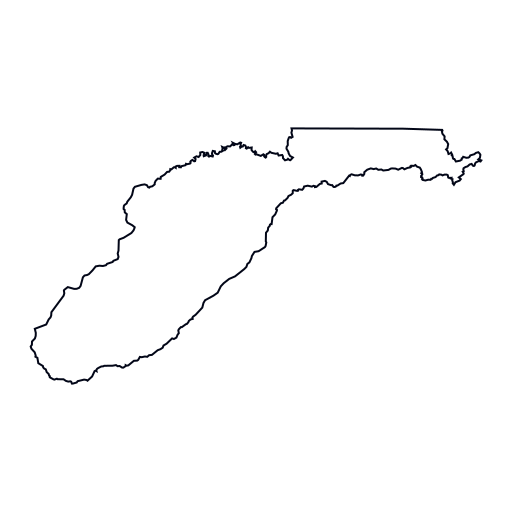 Bom Jardim, Maranhão, Brazil (orthographic projection)
{"feature_id": "56859067B20535313815955", "entity_name": "Bom Jardim", "entity_type": "district", "adm_level": 2, "iso_a3": "BRA", "parent_name": "Brazil", "parent_adm1": "Maranhão", "projection": "orthographic", "projection_center": [-46.265, -3.964], "detail": "fine", "context": "isolated", "style": "outline", "palette": "ink", "viewbox_px": 512, "rotation_deg": 0, "n_neighbors": 0, "source": "geoboundaries", "source_scale": "gbopen_adm2", "svg_char_len": 6060}
<svg xmlns="http://www.w3.org/2000/svg" viewBox="0 0 512 512"><path d="M96.5,371.1L96.3,370.2L97.0,368.9L98.1,368.1L101.2,366.5L103.3,366.3L104.2,365.8L112.6,365.7L116.0,365.1L117.6,366.2L119.6,366.0L122.1,367.6L123.4,367.6L125.7,366.0L125.7,365.2L126.6,365.7L128.3,365.4L133.9,360.8L137.2,360.6L138.2,359.9L139.9,356.9L141.7,357.2L144.9,356.5L147.3,356.8L149.1,355.2L151.9,354.9L157.7,350.2L160.4,349.2L162.7,347.7L163.5,345.5L166.6,343.7L172.1,338.4L173.9,339.0L176.4,337.6L177.6,334.7L178.8,333.2L178.3,330.4L178.8,329.3L180.9,327.1L181.9,327.1L185.9,324.2L186.8,324.0L188.3,322.3L188.8,321.0L190.5,319.5L192.7,318.9L192.4,317.6L193.1,316.6L195.6,314.8L202.3,307.6L203.5,302.9L205.1,300.2L213.4,295.7L217.7,292.7L220.8,286.3L223.7,283.2L229.2,278.9L235.0,276.4L244.2,269.1L246.4,266.9L247.4,263.9L249.4,262.4L251.4,258.2L251.9,256.0L254.5,251.9L258.6,251.2L264.9,247.1L265.6,246.0L266.3,242.4L265.8,241.4L266.0,232.7L267.8,230.5L268.2,227.6L269.8,225.8L269.9,224.8L270.6,224.1L271.6,224.1L272.5,217.2L275.2,214.4L276.9,210.6L276.9,209.8L276.1,209.3L276.2,208.3L280.8,203.3L282.9,202.7L284.0,200.6L285.0,200.4L287.5,198.0L288.5,196.0L291.0,194.8L292.7,193.3L292.8,190.6L293.6,190.1L297.2,190.9L298.0,190.7L298.0,189.9L298.9,189.3L302.2,189.8L303.4,188.5L304.1,186.5L307.7,185.7L311.9,186.6L313.5,185.8L315.0,186.2L315.0,187.1L316.4,186.9L319.9,183.9L321.7,183.5L321.6,181.6L324.9,180.9L326.7,181.8L328.0,184.1L331.2,185.2L332.2,185.1L333.5,186.9L334.8,187.0L336.0,186.4L336.4,185.6L337.4,185.6L340.6,183.5L343.3,183.1L349.1,175.7L349.8,176.0L350.0,175.2L350.7,174.7L351.6,174.3L354.8,175.3L358.1,175.4L360.7,174.5L361.9,174.7L362.2,175.7L363.2,175.6L364.3,173.9L364.3,172.2L367.2,169.7L370.8,168.4L373.7,169.1L376.2,168.5L378.3,169.8L381.4,169.5L383.2,170.5L388.5,169.9L390.8,168.6L392.1,168.4L395.6,168.6L398.2,169.7L401.9,167.9L402.8,168.0L404.4,169.3L407.5,167.9L410.4,167.4L411.0,166.9L410.5,166.2L411.1,165.7L413.8,165.9L415.4,165.0L417.1,166.7L419.8,167.6L420.9,169.4L422.0,172.2L421.3,173.1L422.2,173.7L422.3,174.5L421.1,175.9L421.1,177.1L422.1,177.3L422.6,178.3L422.0,179.1L422.6,179.9L425.4,180.5L428.2,179.7L430.6,179.8L431.2,178.8L432.1,178.8L432.9,177.9L435.5,177.1L437.2,175.4L438.5,175.2L439.2,174.4L441.5,174.7L442.5,175.4L444.5,174.6L446.7,174.6L447.8,175.2L448.2,177.5L449.0,177.9L451.3,177.8L450.9,178.6L452.5,179.2L452.2,180.2L452.9,182.3L452.7,183.3L453.9,184.8L455.5,182.2L459.6,180.6L460.8,179.1L458.8,177.4L463.5,174.1L463.7,173.4L462.7,171.7L463.7,171.2L463.3,169.2L463.6,168.2L465.5,167.0L467.5,166.4L469.6,164.5L471.6,163.9L472.9,165.7L473.9,166.0L474.6,165.5L475.1,163.5L475.8,162.5L478.8,161.0L480.5,161.5L481.3,160.4L478.4,159.3L479.9,157.9L480.4,154.8L479.7,153.6L478.3,152.2L475.9,152.9L474.3,154.2L470.3,155.4L469.4,157.0L468.4,157.6L466.3,157.8L463.2,156.8L462.6,157.9L461.7,158.4L461.7,159.6L460.0,160.7L455.9,161.5L454.4,159.0L453.4,158.9L452.9,158.1L452.6,156.0L451.8,155.4L452.2,154.7L451.1,152.6L450.5,153.3L448.5,154.0L447.7,151.2L446.1,149.4L447.4,148.3L448.2,144.1L446.9,141.7L444.4,139.3L444.6,136.4L442.4,133.7L441.9,131.4L442.5,130.7L442.2,129.9L403.6,128.7L291.5,128.4L292.0,130.5L291.4,132.7L292.6,136.9L291.1,137.8L290.4,137.1L289.3,137.1L288.7,138.1L287.7,141.1L287.8,145.1L286.6,147.0L286.5,148.7L288.3,151.7L288.7,153.5L290.1,156.0L292.9,157.5L290.4,160.2L289.6,160.1L288.0,158.8L287.4,159.6L285.0,160.3L283.0,158.1L282.9,156.2L282.2,155.0L278.6,155.5L277.6,153.3L275.9,153.8L271.4,152.8L269.9,151.7L268.6,153.2L266.7,154.1L266.2,155.2L266.2,157.0L265.6,157.6L264.8,157.1L264.1,156.2L264.1,154.8L263.4,154.3L260.8,155.9L256.4,154.3L255.5,154.6L254.8,153.9L256.1,152.2L255.2,151.2L254.6,152.0L253.3,152.0L252.4,151.1L251.5,149.9L251.7,147.5L248.9,147.9L248.1,147.2L246.7,148.6L245.9,148.2L246.1,147.2L245.3,145.5L243.6,145.0L242.8,146.5L241.5,146.7L240.3,147.7L240.0,146.8L240.9,145.7L240.5,144.4L241.1,142.8L240.2,142.5L237.3,144.3L235.1,143.9L232.9,142.8L234.1,145.1L233.4,145.2L232.3,144.1L230.2,146.4L227.4,146.3L226.1,147.1L226.5,148.5L225.1,149.9L224.6,148.9L225.2,148.0L224.7,147.4L223.7,147.6L222.2,146.9L222.6,148.1L222.2,150.1L223.0,150.7L221.4,151.7L219.7,151.8L218.3,153.9L217.5,154.2L215.8,153.7L214.9,152.9L214.9,151.3L212.8,150.9L212.0,153.2L212.1,154.4L213.0,155.6L212.7,156.5L210.2,155.9L209.0,156.6L208.2,155.9L208.5,154.5L207.7,152.8L206.8,152.8L206.0,155.4L203.8,156.2L203.6,155.2L204.5,154.7L204.0,153.6L204.4,152.8L202.5,152.0L200.2,152.5L200.3,155.0L198.6,157.0L196.5,156.3L194.2,157.6L195.6,159.0L195.1,161.1L194.2,161.3L192.4,159.9L190.8,161.0L190.3,161.8L190.6,162.9L190.0,163.6L187.0,164.2L186.0,163.8L185.5,165.2L181.4,166.2L180.9,167.3L179.2,167.2L179.3,165.8L177.0,165.9L175.7,166.5L175.7,167.8L174.8,167.2L173.8,167.3L171.4,169.4L170.3,169.1L170.1,170.4L169.2,171.7L167.1,171.9L164.6,174.6L160.8,176.9L160.6,178.8L157.8,178.6L155.6,180.9L154.7,183.0L154.7,184.4L152.3,186.3L150.0,186.8L149.3,187.6L148.1,187.2L146.9,185.2L144.6,184.4L141.4,184.9L134.9,186.8L133.5,188.6L132.1,194.8L130.8,197.3L127.3,201.7L126.7,203.4L124.5,205.0L123.9,205.9L123.6,208.2L123.7,209.2L124.6,209.8L124.8,212.4L126.8,214.1L126.1,219.9L127.4,222.6L132.2,225.2L134.7,227.2L134.3,228.6L133.5,230.4L131.4,233.0L123.6,237.8L119.6,239.3L118.8,240.1L118.5,250.6L117.7,253.5L118.5,256.9L117.7,259.1L113.4,260.8L112.6,262.0L107.1,263.8L106.0,265.2L102.9,266.0L99.4,265.7L95.7,266.4L92.6,270.3L88.8,274.2L87.1,275.0L84.5,275.5L82.9,277.3L80.6,285.9L79.2,287.8L76.7,288.8L74.2,288.9L67.8,287.1L64.2,289.9L63.9,290.6L64.3,293.3L63.6,295.7L51.4,312.2L51.2,315.5L50.5,317.4L48.7,319.4L46.2,324.5L34.8,328.8L35.8,332.9L35.7,335.9L34.9,338.5L32.0,341.5L31.9,344.8L30.7,346.5L31.4,348.7L34.7,352.3L35.7,355.5L35.4,356.7L37.4,357.8L38.3,363.2L42.9,366.0L43.2,367.4L44.1,368.5L45.8,369.4L46.7,372.1L48.7,374.0L49.1,375.6L49.8,376.1L49.8,377.3L53.4,379.3L54.4,379.6L56.9,378.7L57.6,379.2L63.6,379.3L65.9,380.9L68.3,381.6L70.3,381.3L71.2,381.7L71.9,383.6L72.8,383.6L76.7,382.5L77.6,381.2L84.1,379.6L86.6,380.0L87.5,380.7L92.1,376.5L94.6,371.1L95.6,370.6L96.5,371.1Z" fill="none" stroke="#020617" stroke-width="2"/></svg>